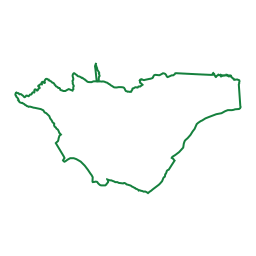 Basoko, Orientale, Democratic Republic of the Congo (orthographic projection)
{"feature_id": "63176286B83726148102259", "entity_name": "Basoko", "entity_type": "district", "adm_level": 2, "iso_a3": "COD", "parent_name": "Democratic Republic of the Congo", "parent_adm1": "Orientale", "projection": "orthographic", "projection_center": [23.828, 1.677], "detail": "fine", "context": "isolated", "style": "outline", "palette": "green", "viewbox_px": 256, "rotation_deg": 0, "n_neighbors": 0, "source": "geoboundaries", "source_scale": "gbopen_adm2", "svg_char_len": 5526}
<svg xmlns="http://www.w3.org/2000/svg" viewBox="0 0 256 256"><path d="M96.1,62.9L95.0,66.2L95.5,69.6L96.7,81.3L93.7,81.3L92.8,81.6L91.7,82.1L90.5,82.1L89.5,82.1L88.1,82.0L86.8,81.3L86.3,80.6L85.5,80.3L84.9,79.5L84.4,79.3L83.5,78.7L83.1,78.5L82.7,78.0L82.4,77.8L81.6,77.9L81.3,77.5L79.5,76.5L78.3,76.3L77.8,76.1L77.2,75.6L77.0,75.2L75.6,74.3L74.4,73.3L74.0,73.2L73.5,73.5L73.0,74.2L72.6,75.3L72.7,76.5L73.3,78.5L73.2,79.9L72.6,80.6L72.5,81.1L72.8,82.5L72.7,83.6L73.8,86.0L73.4,86.7L73.2,88.0L73.4,89.2L72.8,89.8L72.5,90.6L68.8,89.1L67.5,89.7L65.3,91.0L63.3,91.0L61.8,90.3L61.3,90.3L60.3,89.8L60.1,89.0L59.9,88.5L59.4,88.0L58.3,88.0L57.6,87.1L56.1,86.4L55.8,86.1L55.4,85.3L54.6,84.7L54.2,83.7L53.7,83.2L53.1,82.8L52.4,82.7L51.1,81.4L50.1,81.0L49.5,80.4L48.7,80.3L48.6,79.6L48.0,79.5L47.0,78.9L46.1,78.9L45.7,79.1L45.4,79.7L44.9,80.1L44.5,81.6L44.9,82.6L44.7,82.9L44.3,83.0L44.0,82.8L42.9,81.8L42.3,81.9L41.7,82.4L41.6,82.8L42.0,84.1L41.9,84.4L40.5,84.2L39.9,84.6L39.2,85.3L38.7,85.4L38.3,85.8L38.2,86.2L38.3,86.4L39.3,87.1L39.3,87.3L39.6,87.6L39.6,88.1L38.6,88.7L38.3,89.0L37.8,90.1L37.4,90.5L36.9,90.5L36.3,89.8L35.6,89.4L35.0,89.4L34.7,89.6L34.3,90.4L34.5,91.1L34.5,92.0L34.2,92.5L33.2,92.3L32.8,92.4L32.3,92.8L31.5,94.3L31.2,94.5L30.3,94.5L29.9,94.7L29.1,95.8L28.6,96.2L26.9,95.6L26.3,95.6L25.3,96.8L24.7,97.2L24.3,97.1L22.9,95.6L22.1,95.1L21.4,94.4L20.7,94.1L19.5,94.3L19.2,94.1L18.6,93.3L18.3,93.1L17.3,93.1L16.5,92.5L15.9,92.8L15.4,94.2L15.4,94.7L15.7,95.5L16.1,95.8L16.3,96.7L17.6,98.0L18.1,98.7L18.7,100.3L18.3,100.4L19.3,101.8L20.0,102.4L21.7,103.0L22.4,102.9L22.9,103.4L24.3,104.1L25.2,105.0L26.0,105.3L26.9,106.1L27.6,106.2L28.6,106.8L29.1,106.6L30.4,106.7L33.7,107.7L34.7,107.8L40.8,109.1L43.3,110.3L44.6,112.4L46.3,113.2L49.3,116.1L50.2,118.5L51.1,119.6L52.1,121.1L52.2,121.7L52.9,122.6L54.0,123.3L54.3,123.9L54.0,125.0L54.6,126.6L55.9,127.5L56.3,128.5L57.7,129.5L58.2,130.2L58.8,131.5L59.1,132.4L59.4,132.8L59.5,133.2L60.1,133.6L60.9,134.6L60.0,135.2L59.4,135.9L58.6,138.4L58.4,139.8L57.9,141.2L56.9,142.0L55.8,143.1L63.7,156.3L64.5,158.0L63.0,160.3L63.7,161.3L64.6,161.7L65.9,160.9L67.5,159.7L70.2,158.2L73.7,158.2L76.3,159.1L80.7,161.6L84.7,165.6L87.9,169.8L90.5,173.7L91.5,175.0L92.5,176.8L92.7,177.3L92.5,181.0L92.5,181.7L92.8,182.1L94.5,181.9L95.6,181.6L96.9,181.8L97.5,182.3L98.0,183.2L99.6,184.7L100.4,185.2L101.5,185.4L105.2,185.4L106.4,184.5L106.5,184.0L107.4,183.0L108.0,182.3L108.1,181.1L108.0,180.0L107.2,179.5L107.2,179.4L108.5,179.9L109.8,180.3L111.1,180.3L113.1,181.1L114.2,181.5L115.2,182.1L117.3,182.1L118.8,182.9L122.8,183.4L123.3,183.4L124.0,183.0L124.4,183.0L125.6,183.5L126.5,184.4L127.5,184.6L130.4,185.5L131.2,185.9L132.0,186.6L132.8,186.9L134.8,188.0L135.2,188.1L135.3,188.4L135.9,188.8L136.6,188.9L138.5,190.0L138.7,190.5L139.5,190.2L141.3,190.9L141.9,190.9L143.9,191.7L144.5,191.5L145.2,191.5L146.7,192.2L148.0,193.1L149.5,191.8L151.2,190.7L152.7,189.4L158.9,184.7L160.0,183.6L162.1,181.2L163.3,178.2L163.6,177.6L163.8,177.3L164.5,177.0L164.8,176.6L165.0,176.1L165.1,175.0L165.2,174.3L165.8,173.8L166.5,172.2L166.7,171.2L167.4,170.3L168.8,169.6L172.3,164.1L174.6,160.6L173.8,159.8L173.6,159.3L172.8,158.5L171.7,157.9L171.9,157.4L172.7,156.6L175.0,155.2L179.1,152.1L183.2,147.6L183.4,146.4L183.8,143.6L184.6,141.2L185.4,140.1L187.6,138.2L190.5,134.9L192.6,131.5L194.6,128.9L196.7,124.1L198.2,122.8L200.7,121.1L201.9,120.6L204.0,119.3L205.4,118.4L208.9,117.0L216.3,114.2L221.5,113.2L225.1,111.2L227.9,110.1L232.1,110.1L233.7,109.8L235.1,109.3L239.0,109.0L240.1,108.2L240.6,107.0L240.3,106.0L238.8,84.4L239.2,83.6L239.1,82.9L239.5,81.3L239.3,80.4L238.8,80.0L238.1,79.9L237.5,79.5L236.1,79.5L234.9,79.8L234.2,79.8L234.0,79.7L233.9,79.0L233.7,78.8L233.4,78.8L233.1,78.4L232.7,78.3L231.7,77.2L231.4,77.1L231.0,75.7L230.6,75.5L230.0,75.4L229.8,75.7L229.7,76.2L229.4,76.3L229.0,75.6L228.8,75.6L228.5,76.0L228.4,76.1L228.2,75.9L227.8,75.1L227.6,75.0L227.3,75.3L227.3,75.7L226.8,75.5L226.6,74.8L226.4,74.7L226.2,74.7L226.0,75.2L225.8,75.4L225.2,75.4L224.7,75.6L224.3,75.2L224.0,75.2L223.3,75.4L222.9,75.9L222.7,75.8L222.1,75.2L221.8,75.2L221.7,75.5L221.7,76.0L221.3,76.4L220.9,76.4L220.7,76.0L221.0,75.5L220.8,74.8L220.6,74.7L220.0,75.1L219.3,75.1L218.5,74.6L218.2,74.7L217.9,75.3L217.3,75.5L216.7,76.1L216.4,76.1L216.1,76.9L215.9,77.0L215.4,76.6L215.0,75.7L214.3,75.0L214.2,74.7L214.3,74.2L214.1,73.8L213.4,73.5L213.2,73.1L212.9,73.3L212.7,73.8L212.9,74.6L212.7,74.8L211.2,74.9L197.9,74.3L176.1,73.2L175.3,73.3L175.1,73.7L174.6,74.3L173.2,75.3L171.8,75.3L167.7,77.1L167.0,76.7L166.6,76.1L166.2,75.1L165.2,73.9L163.7,73.3L162.8,73.3L162.3,73.7L161.4,74.2L159.5,75.2L158.6,75.2L156.1,74.9L155.1,74.9L154.2,75.2L153.2,76.6L153.1,77.3L152.4,78.1L150.3,78.8L149.3,78.9L148.5,79.1L145.2,79.8L144.2,80.1L143.3,80.0L141.6,79.2L140.7,79.4L140.2,79.7L140.0,80.0L140.7,80.1L140.5,80.4L140.0,80.9L139.9,82.0L140.2,82.8L141.0,83.3L142.5,84.8L140.0,86.6L139.0,86.4L138.4,86.6L137.7,87.5L136.9,87.5L135.8,87.2L134.8,87.5L133.6,88.3L132.8,88.4L132.5,88.6L132.2,89.9L131.4,90.9L131.3,91.6L131.1,91.8L129.9,91.9L128.4,91.6L127.5,91.7L127.0,91.3L126.0,91.1L125.7,90.8L125.1,89.8L124.8,89.0L124.1,87.9L123.5,87.5L122.7,87.3L120.7,87.1L118.8,87.1L116.6,87.5L114.3,87.4L113.6,87.1L112.7,86.4L110.5,85.1L109.6,84.2L108.7,83.9L107.4,82.8L106.4,82.5L105.8,82.3L104.4,81.7L102.9,81.4L101.9,81.6L101.0,81.5L100.3,81.4L98.0,81.5L98.8,79.8L98.7,78.8L99.0,76.8L99.5,76.2L99.6,75.7L98.8,73.4L98.9,73.1L99.2,72.9L99.1,72.5L97.2,69.5L97.1,68.1L96.9,67.9L95.8,64.6L96.1,62.9Z" fill="none" stroke="#15803d" stroke-width="2"/></svg>